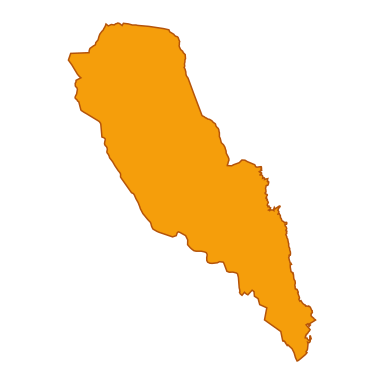 Budeasa, Arges, Romania
{"feature_id": "2599482B19547720814446", "entity_name": "Budeasa", "entity_type": "district", "adm_level": 2, "iso_a3": "ROU", "parent_name": "Romania", "parent_adm1": "Arges", "projection": "albers", "projection_center": [24.821, 44.946], "detail": "fine", "context": "isolated", "style": "filled", "palette": "amber", "viewbox_px": 384, "rotation_deg": 0, "n_neighbors": 0, "source": "geoboundaries", "source_scale": "gbopen_adm2", "svg_char_len": 5986}
<svg xmlns="http://www.w3.org/2000/svg" viewBox="0 0 384 384"><path d="M168.9,29.8L163.6,28.6L149.0,26.4L137.6,25.4L135.9,25.0L132.4,25.0L128.4,23.9L123.4,23.3L122.1,25.5L119.5,23.5L117.8,23.0L117.2,23.4L115.7,23.8L114.2,24.9L111.3,24.5L108.3,25.9L106.0,24.0L105.2,26.3L103.7,28.9L103.4,29.6L102.8,30.6L102.2,31.0L101.1,32.4L99.8,34.2L98.8,37.0L98.1,39.8L95.8,42.6L95.6,43.3L95.6,44.1L95.1,45.0L93.3,46.0L90.1,48.3L89.7,49.0L89.2,50.7L89.0,52.7L70.7,53.4L68.4,60.1L71.8,64.8L77.5,74.3L79.1,76.2L80.9,77.8L76.1,80.3L76.0,80.7L76.0,81.6L75.8,82.4L75.2,83.3L75.3,85.7L75.5,86.4L76.9,87.8L77.4,89.3L76.6,94.0L76.1,94.9L75.3,96.5L75.1,97.5L75.1,97.9L75.5,98.6L76.9,99.7L77.5,100.9L78.8,101.9L80.9,110.0L81.3,110.5L84.2,112.4L86.5,113.7L98.5,121.0L99.5,121.8L100.5,123.3L100.8,124.3L101.9,136.7L102.0,137.1L103.6,137.6L104.9,138.5L105.2,139.1L105.2,139.9L104.7,142.1L104.5,143.9L105.2,145.5L106.4,146.6L107.1,148.0L107.3,149.5L106.9,151.4L107.0,152.6L107.7,153.7L108.1,154.0L109.1,156.0L109.6,157.8L112.7,161.8L114.9,165.7L118.2,170.6L119.7,172.4L120.5,173.8L120.6,174.8L120.5,176.9L121.5,178.5L131.5,192.7L133.2,193.5L134.1,194.5L136.0,198.8L138.2,202.7L139.7,206.6L140.4,208.8L142.9,213.6L147.9,219.7L150.3,222.2L150.9,223.5L151.5,226.0L152.0,227.2L153.0,229.1L157.0,231.4L159.1,232.3L172.6,236.9L176.3,235.6L177.1,233.0L178.3,231.8L179.9,232.4L185.6,235.6L187.7,239.9L187.6,244.7L190.4,247.9L192.0,249.3L193.9,250.7L196.2,251.2L201.2,251.2L204.5,251.9L206.3,252.7L207.2,254.6L206.9,256.6L206.7,257.6L206.8,260.6L207.7,262.2L209.8,263.2L212.1,263.4L217.3,262.8L219.5,261.7L223.1,262.1L223.8,263.0L226.9,271.3L229.2,272.2L232.9,272.1L236.4,273.0L237.5,273.8L238.4,277.4L239.2,287.8L239.7,289.9L239.9,291.7L239.5,292.2L240.3,293.9L242.0,295.3L244.5,292.3L244.8,292.7L246.5,294.1L247.9,294.8L252.1,290.2L254.0,291.6L254.4,296.2L258.1,298.6L259.7,304.6L266.8,307.8L264.5,319.9L280.8,331.5L282.7,340.8L282.8,340.8L283.2,341.2L283.8,340.8L285.5,342.4L285.3,342.7L287.2,345.5L287.8,344.8L292.1,348.8L294.1,352.8L295.5,357.7L297.1,361.0L298.3,360.5L300.6,358.7L305.5,354.5L307.0,352.7L306.1,352.0L306.1,351.5L307.0,350.4L307.5,349.2L308.0,344.0L307.6,342.2L308.7,342.7L309.3,342.6L309.8,342.1L310.2,341.3L310.4,339.0L311.2,338.8L310.4,336.0L309.8,336.1L309.9,338.3L309.6,339.9L309.2,340.3L308.7,340.3L307.7,339.4L307.3,338.9L307.1,338.1L305.2,337.8L305.6,335.9L305.8,336.0L306.4,334.2L307.3,333.8L308.6,331.7L309.5,330.8L310.1,329.6L306.1,324.8L307.9,323.7L309.3,326.2L310.4,325.0L309.2,324.0L315.6,320.0L315.4,319.7L314.3,319.1L313.8,318.5L313.7,318.2L312.3,317.1L311.0,315.7L311.3,313.3L312.1,313.0L312.4,312.3L312.2,311.6L312.2,310.8L311.9,310.8L310.4,307.4L309.9,306.8L309.3,306.6L308.8,306.0L308.4,306.4L306.2,305.9L306.1,306.1L305.6,306.1L305.0,304.8L304.6,304.8L303.5,304.1L302.4,303.0L300.9,300.6L299.9,301.2L298.9,299.4L298.9,299.1L299.5,298.1L299.4,297.3L297.7,292.9L298.2,292.7L298.2,292.0L297.1,289.5L296.2,289.4L295.9,288.8L295.3,288.8L295.1,287.4L295.2,286.9L294.9,285.8L294.9,284.7L295.3,283.2L295.1,281.4L294.9,280.6L294.1,279.7L294.1,279.2L293.8,278.6L293.5,275.0L293.4,274.3L293.0,273.9L293.2,273.6L293.0,272.8L292.5,272.9L292.2,272.3L291.2,271.8L291.0,271.4L290.3,267.3L290.2,264.8L291.5,264.4L290.8,263.0L290.1,263.0L289.9,261.8L289.3,260.0L288.7,257.4L289.0,257.1L289.2,256.2L289.1,255.6L289.3,255.0L290.3,255.1L290.5,253.9L290.4,251.9L289.7,250.0L289.7,248.4L289.4,247.8L289.0,247.1L288.7,245.9L288.7,243.5L288.4,242.9L287.7,239.1L286.8,237.5L286.7,237.2L286.8,236.6L286.1,235.3L285.8,234.3L286.7,233.6L286.5,232.6L286.8,231.9L286.5,231.8L286.6,231.4L286.5,231.2L286.6,230.9L286.0,230.7L285.8,230.2L286.3,229.6L286.6,229.0L286.7,228.5L286.4,227.5L285.9,226.6L285.2,225.9L284.9,224.7L285.1,224.5L286.5,224.3L286.8,223.5L286.8,222.8L286.6,222.4L286.0,222.3L284.4,222.8L283.9,221.8L283.1,221.3L282.6,221.2L281.8,220.5L281.5,219.2L281.0,218.2L280.5,217.8L280.3,215.3L279.5,214.4L279.3,213.7L278.1,214.0L278.8,212.2L278.8,211.5L277.9,210.3L278.4,209.0L278.5,208.3L279.1,207.9L279.2,207.0L279.8,207.0L280.1,206.3L279.8,206.0L279.3,206.0L275.1,208.8L274.3,207.4L273.8,208.8L273.8,210.5L273.2,210.0L270.5,209.9L269.7,210.7L268.6,210.1L270.1,209.2L270.6,207.8L269.4,207.2L269.0,206.3L268.7,206.7L267.9,206.7L267.9,205.8L267.2,205.2L267.6,203.8L268.3,202.6L267.8,201.2L266.9,200.1L267.3,199.4L267.0,199.0L266.1,198.4L265.9,198.0L266.5,197.6L266.6,197.2L266.5,196.3L267.3,195.2L267.3,194.8L266.8,194.3L265.4,193.8L265.1,193.3L265.1,192.9L265.8,192.3L266.0,191.9L265.8,189.5L265.6,188.9L265.6,188.0L265.8,187.4L266.2,185.6L266.7,185.3L267.6,185.4L267.9,185.1L268.4,183.9L268.7,182.4L268.6,181.8L267.8,181.9L267.3,181.4L267.7,180.3L267.5,180.0L267.5,179.5L267.8,178.6L265.6,179.1L264.5,179.5L264.6,178.4L264.3,177.9L264.0,177.7L262.6,178.3L262.8,177.0L262.7,176.2L262.1,175.2L261.1,174.8L260.1,175.1L260.0,174.9L260.1,174.6L261.4,173.7L261.6,173.3L261.5,172.8L259.4,172.0L259.2,171.6L261.6,170.4L260.9,169.2L261.6,168.9L261.5,168.7L261.3,167.7L261.5,167.3L261.4,167.0L261.0,167.2L260.7,167.2L260.5,166.9L260.5,166.7L256.9,167.2L255.6,166.6L255.1,165.4L254.7,164.7L247.3,161.6L245.0,160.2L241.9,160.0L239.2,162.7L233.4,164.8L231.7,165.8L227.3,165.6L227.3,165.1L227.9,163.6L228.3,161.8L228.9,160.4L228.9,158.9L228.3,157.2L226.2,153.1L226.1,151.3L225.9,150.3L225.6,149.7L224.9,147.2L223.5,144.8L221.3,142.7L220.2,138.3L219.4,136.7L219.4,132.6L219.0,131.4L218.8,129.8L218.2,128.4L217.1,127.5L215.9,125.9L215.5,124.1L215.1,123.6L213.2,122.3L211.8,120.7L209.6,119.4L207.7,119.0L206.4,118.0L205.7,117.9L204.1,116.7L203.2,116.2L202.4,115.9L202.0,115.5L193.6,93.3L188.3,78.8L187.7,77.5L186.8,76.5L186.2,75.2L185.9,73.8L185.8,71.9L185.1,69.3L184.1,67.4L184.6,66.7L184.7,65.5L184.5,64.6L184.5,63.6L184.9,62.0L185.0,59.6L185.5,58.8L185.2,54.6L183.2,52.6L182.7,51.3L181.1,50.0L180.5,49.3L179.4,46.9L179.1,45.8L179.4,44.1L179.3,42.9L179.7,41.5L179.2,40.5L178.1,37.5L177.5,36.9L176.8,36.5L175.6,36.3L174.4,35.2L173.8,34.3L169.7,31.8L168.9,29.8Z" fill="#f59e0b" stroke="#b45309" stroke-width="1.5"/></svg>